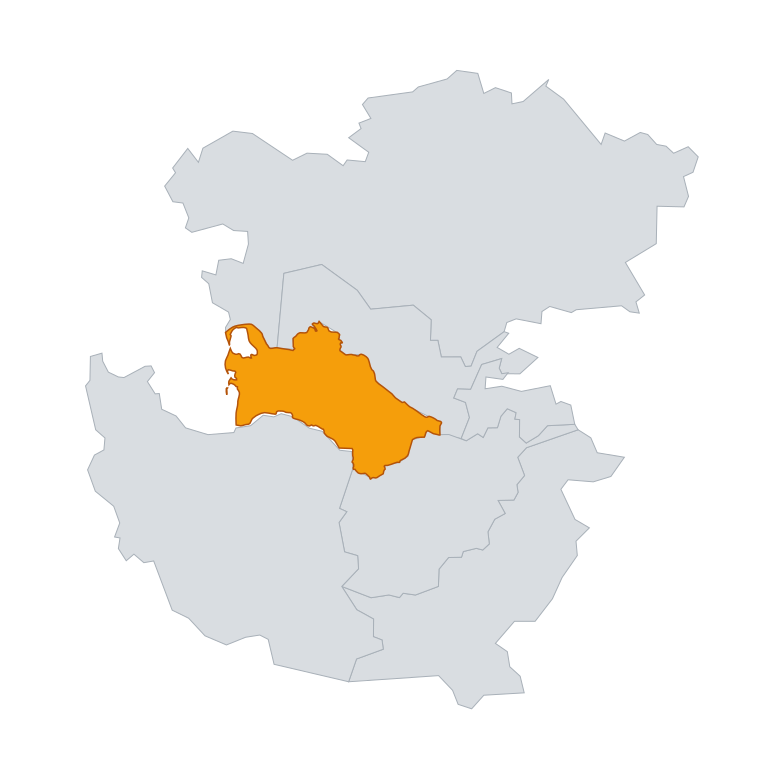 Turkmenistan highlighted, orthographic projection, rotated 4°
{"feature_id": "TKM", "entity_name": "Turkmenistan", "entity_type": "country or territory", "adm_level": 0, "iso_a3": "TKM", "parent_name": "Asia", "parent_adm1": "", "projection": "orthographic", "projection_center": [58.325, 38.975], "detail": "fine", "context": "with_neighbors", "style": "filled", "palette": "amber", "viewbox_px": 768, "rotation_deg": 4, "n_neighbors": 6, "source": "natural_earth", "source_scale": "50m", "svg_char_len": 10147}
<svg xmlns="http://www.w3.org/2000/svg" viewBox="0 0 768 768"><g transform="rotate(4 384 384)"><path d="M681.6,135.5L677.5,151.2L668.3,156.2L674.7,175.6L670.9,186.4L644.0,187.6L645.8,225.0L616.3,245.9L637.8,277.0L629.6,284.5L633.7,295.5L624.3,294.8L615.5,289.4L570.6,296.5L565.9,299.7L543.9,295.1L536.5,300.7L536.4,312.9L511.3,309.8L502.2,314.1L500.2,323.4L474.5,344.9L469.6,360.1L463.9,360.9L458.7,351.7L439.3,353.0L434.7,336.7L427.3,337.2L426.6,316.7L407.7,303.3L365.5,310.3L350.8,292.4L313.5,269.1L276.4,280.6L274.8,355.6L266.9,356.4L256.9,340.0L246.9,333.9L229.6,337.2L222.5,343.6L222.0,338.6L226.2,330.3L223.9,323.1L207.2,314.9L202.2,296.2L194.6,290.4L194.8,283.8L208.7,286.9L210.5,272.1L222.9,269.7L235.1,273.5L239.0,253.9L237.3,241.3L223.3,241.4L212.0,235.6L181.7,246.1L175.0,242.1L177.7,231.9L170.8,217.5L160.7,216.9L151.4,201.9L161.3,187.8L158.1,183.3L171.8,162.7L183.4,175.8L186.9,161.4L215.6,142.3L235.3,143.3L277.2,167.2L291.1,159.1L311.4,158.8L328.0,169.1L331.6,163.1L349.8,163.5L352.6,153.9L331.6,140.8L343.3,130.8L340.8,125.5L352.4,120.0L343.0,106.7L348.2,99.8L392.2,90.6L397.5,85.3L425.7,75.3L434.7,66.1L455.9,67.6L463.3,87.2L474.5,80.6L490.8,84.8L492.1,95.6L503.1,92.5L527.1,68.7L524.7,75.6L543.3,87.3L583.9,129.9L587.1,118.2L606.9,124.9L622.1,115.2L629.7,116.7L639.3,126.0L648.8,127.1L656.8,133.6L670.9,126.1L681.6,135.5Z" fill="#d9dde1" stroke="#a8b0b8" stroke-width="1"/><path d="M274.8,355.6L276.4,280.6L313.5,269.1L350.8,292.4L365.5,310.3L407.7,303.3L426.6,316.7L427.3,337.2L434.7,336.7L439.3,353.0L458.7,351.7L463.9,360.9L469.6,360.1L474.5,344.9L500.2,323.4L504.9,324.7L494.3,339.6L506.5,345.6L516.4,339.0L535.7,346.8L518.8,364.4L500.8,365.5L497.8,360.2L499.6,350.4L480.1,357.7L470.8,383.3L457.7,383.8L454.6,393.1L466.6,396.7L471.6,411.5L464.8,433.0L443.4,430.6L442.7,418.1L403.6,402.4L374.1,380.3L365.6,359.6L360.3,356.1L343.8,357.5L337.8,353.4L335.9,337.2L315.5,326.7L302.8,338.5L289.7,345.4L292.1,355.7L274.8,355.6Z" fill="#d9dde1" stroke="#a8b0b8" stroke-width="1"/><path d="M628.9,440.3L616.8,460.4L599.6,467.0L574.3,466.7L567.8,476.7L584.0,505.8L598.9,513.2L586.5,527.4L588.8,541.6L575.2,564.5L567.0,586.5L551.3,610.2L530.7,611.6L513.2,635.0L525.7,642.4L529.2,657.3L540.2,666.0L545.4,682.3L505.3,687.5L494.1,701.9L480.3,698.4L473.8,684.8L458.8,671.1L369.5,683.5L375.8,660.2L401.8,648.6L399.9,639.5L391.1,636.8L390.0,619.2L372.6,611.1L356.0,588.9L386.0,598.1L403.6,594.1L414.3,596.0L417.7,591.4L430.1,592.3L452.4,582.1L451.8,564.9L460.5,552.6L473.4,551.4L474.8,545.6L487.6,541.5L494.1,542.7L500.2,536.2L498.0,524.2L503.9,511.2L513.9,504.7L505.9,492.2L521.7,490.7L525.3,482.8L523.6,475.2L530.6,465.5L522.5,447.8L530.6,437.6L580.8,416.1L594.1,423.3L601.5,437.7L628.9,440.3Z" fill="#d9dde1" stroke="#a8b0b8" stroke-width="1"/><path d="M443.4,430.6L452.3,429.9L470.0,434.9L480.9,427.1L486.7,430.4L490.7,420.5L500.2,419.7L502.9,408.0L508.7,400.1L517.8,403.4L517.0,409.9L521.8,410.1L522.8,427.3L530.0,433.0L541.6,424.8L550.0,414.2L577.1,410.9L580.8,416.1L530.6,437.6L522.5,447.8L530.6,465.5L523.6,475.2L525.3,482.8L521.7,490.7L505.9,492.2L513.9,504.7L503.9,511.2L498.0,524.2L500.2,536.2L494.1,542.7L487.6,541.5L474.8,545.6L473.4,551.4L460.5,552.6L451.8,564.9L452.4,582.1L430.1,592.3L417.7,591.4L414.3,596.0L403.6,594.1L386.0,598.1L356.0,588.9L371.5,570.1L369.7,557.1L356.4,554.2L348.8,525.3L355.8,514.0L348.3,511.2L358.8,470.7L375.9,477.8L388.3,474.5L391.3,465.1L404.2,461.3L413.0,454.5L415.2,438.0L428.5,433.1L430.5,425.6L443.4,430.6Z" fill="#d9dde1" stroke="#a8b0b8" stroke-width="1"/><path d="M464.8,433.0L471.6,411.5L466.6,396.7L454.6,393.1L457.7,383.8L470.8,383.3L480.1,357.7L499.6,350.4L497.8,360.2L500.8,365.5L507.0,364.1L502.3,371.1L485.2,369.9L485.2,381.7L501.7,378.0L521.6,381.8L550.0,374.1L557.0,392.1L561.7,389.1L571.8,392.0L577.1,410.9L550.0,414.2L541.6,424.8L530.0,433.0L522.8,427.3L521.8,410.1L517.0,409.9L517.8,403.4L508.7,400.1L502.9,408.0L500.2,419.7L490.7,420.5L486.7,430.4L480.9,427.1L470.0,434.9L464.8,433.0Z" fill="#d9dde1" stroke="#a8b0b8" stroke-width="1"/><path d="M139.2,578.3L130.5,566.7L131.4,556.0L125.9,555.4L130.1,541.1L122.9,524.8L103.5,511.1L94.3,490.3L100.1,475.1L109.2,469.3L109.4,457.3L99.6,449.8L86.4,406.7L90.4,400.9L89.2,377.0L100.5,372.9L101.8,380.9L108.2,391.4L118.5,395.5L124.2,395.7L144.4,383.0L150.4,382.2L154.3,388.7L147.8,398.1L156.4,409.8L160.5,409.2L164.0,424.7L178.8,430.4L189.1,441.6L211.9,446.8L237.6,442.9L239.4,438.2L253.8,434.9L265.7,423.6L276.4,424.5L283.5,420.8L294.9,422.9L312.7,433.3L325.7,435.5L344.6,453.2L356.8,453.6L358.8,470.7L348.3,511.2L355.8,514.0L348.8,525.3L356.4,554.2L369.7,557.1L371.5,570.1L356.0,588.9L372.6,611.1L390.0,619.2L391.1,636.8L399.9,639.5L401.8,648.6L375.8,660.2L369.5,683.5L293.9,671.3L286.3,646.8L277.6,643.1L263.6,646.3L245.0,655.3L223.0,647.7L205.5,631.3L188.5,624.4L166.6,576.6L156.9,579.0L146.4,571.2L139.2,578.3Z" fill="#d9dde1" stroke="#a8b0b8" stroke-width="1"/><path d="M275.0,355.3L279.0,355.7L282.6,356.0L287.1,356.3L288.5,356.6L290.1,356.8L290.9,356.9L291.6,356.0L292.1,355.5L292.5,355.1L292.4,354.7L291.8,354.3L290.9,353.0L290.5,348.6L290.2,344.8L291.3,343.6L292.5,342.7L294.3,340.2L295.3,339.4L296.7,338.7L301.3,338.6L303.2,338.1L303.8,337.3L304.9,335.1L305.2,333.4L305.8,332.6L306.5,332.0L307.2,332.1L308.5,332.6L309.6,332.9L310.3,333.3L311.0,333.9L311.6,334.9L311.7,335.6L312.0,336.0L312.5,336.0L312.9,336.0L313.2,335.9L313.4,335.5L313.2,335.1L312.3,333.7L310.4,331.2L309.1,330.2L308.5,329.7L308.3,329.2L309.1,328.4L309.9,328.0L311.3,328.3L313.2,328.5L314.0,328.1L314.9,326.1L317.0,328.2L319.2,330.5L320.0,331.0L321.6,331.2L322.9,331.3L323.5,331.5L324.1,332.1L325.3,334.7L326.5,335.3L327.9,335.8L332.6,335.7L334.1,335.8L335.3,337.0L336.0,337.4L336.3,337.9L336.3,338.4L336.0,339.1L336.0,340.4L335.9,341.4L335.6,341.9L335.5,342.3L335.8,342.7L338.0,343.6L338.7,344.6L339.3,345.1L339.5,345.7L339.1,346.1L338.1,345.9L337.6,346.6L337.6,347.8L338.4,349.0L338.6,350.0L338.1,351.0L337.6,352.4L337.6,353.4L337.9,354.0L339.6,355.0L343.6,357.5L344.5,357.6L348.2,356.9L349.9,356.8L350.9,357.1L353.8,357.4L354.7,357.8L355.7,357.8L357.0,357.6L357.9,356.4L358.3,356.2L358.7,356.0L359.5,355.9L361.8,356.6L364.3,358.0L365.9,359.4L366.7,360.6L367.8,363.4L369.2,367.6L370.8,370.5L372.6,371.9L373.9,374.6L375.2,380.6L375.9,381.8L376.6,382.4L378.6,384.1L382.8,386.7L385.2,388.3L389.0,390.9L392.5,393.2L396.1,396.8L396.8,397.3L400.0,399.2L403.4,401.2L405.7,400.5L409.4,403.6L410.9,404.7L411.6,405.1L414.2,406.2L418.4,408.6L423.9,412.1L427.4,414.0L428.4,414.2L429.3,414.1L430.2,413.6L431.2,413.1L433.1,413.5L435.1,414.2L436.4,414.8L438.0,415.6L439.2,416.5L440.1,416.8L443.1,417.4L443.6,417.8L444.0,418.3L444.1,418.9L442.7,422.0L442.8,425.8L443.1,428.7L443.4,430.9L442.6,431.1L440.7,430.7L436.7,430.1L433.2,428.5L430.9,427.5L430.6,427.7L429.7,428.6L429.1,429.7L428.7,431.8L428.0,434.2L424.0,434.6L420.6,435.1L418.4,436.1L416.3,437.5L415.9,439.1L415.5,441.0L414.5,445.5L413.6,449.5L413.2,452.1L412.4,454.0L410.1,456.5L407.3,458.2L405.8,459.1L405.2,460.0L405.1,460.9L404.6,461.2L403.4,461.1L402.2,461.3L399.5,462.4L396.6,463.7L393.1,465.0L391.1,465.1L390.3,465.4L390.0,466.0L390.4,467.0L390.8,467.8L391.1,468.8L390.3,469.7L389.8,471.1L389.5,473.6L388.3,474.4L386.3,475.7L384.1,477.4L383.6,477.8L382.3,478.3L381.0,478.2L379.8,478.1L378.6,478.5L377.3,479.8L376.7,479.5L376.3,478.2L375.6,477.5L373.5,475.7L371.7,474.5L370.9,474.4L369.3,474.8L367.3,475.1L365.7,474.9L364.4,474.5L362.3,472.7L361.6,471.8L361.0,471.1L359.6,471.3L359.2,470.5L359.1,469.6L359.5,468.4L359.3,466.3L358.5,464.8L357.6,464.1L357.7,463.6L358.0,462.6L358.5,461.6L358.5,459.7L357.8,457.7L357.5,454.8L357.5,452.0L356.7,450.6L349.9,450.8L343.9,451.0L343.6,450.7L341.2,447.2L339.3,444.5L337.4,442.9L333.1,441.0L331.0,440.2L329.3,438.7L327.8,437.1L327.4,434.8L327.1,434.1L326.7,433.5L326.3,433.2L325.7,433.3L320.8,430.7L318.8,430.0L317.0,430.6L316.2,430.7L314.6,429.9L312.7,431.0L311.9,431.0L310.8,430.8L309.9,430.4L307.4,428.0L305.4,427.0L303.9,426.4L301.0,425.5L298.0,425.0L296.4,424.6L295.3,424.0L295.0,423.7L295.0,422.8L295.0,421.7L294.6,420.8L293.8,419.8L292.8,419.1L290.9,419.2L288.2,419.1L286.1,418.3L284.4,418.1L282.4,418.2L280.7,418.2L279.5,418.7L278.8,419.3L278.4,421.3L278.0,421.6L277.3,421.7L276.3,421.6L274.4,421.5L271.1,421.1L266.8,420.9L263.6,421.8L261.1,423.1L258.6,424.6L255.7,427.1L254.8,428.2L253.0,432.6L252.2,433.2L251.3,433.7L250.3,433.8L248.3,434.3L245.7,435.3L243.9,435.7L239.4,435.2L239.2,433.8L238.7,428.5L238.5,423.3L238.7,420.8L239.4,416.0L239.5,413.5L239.4,411.3L239.7,409.1L240.2,406.7L240.5,404.2L240.3,402.5L239.5,401.0L238.1,399.2L238.0,398.2L238.0,397.0L236.6,396.8L235.4,395.6L234.4,394.9L232.3,394.1L231.2,394.0L230.2,394.4L229.4,395.5L229.0,393.8L229.1,392.0L231.0,388.5L232.0,389.6L233.4,390.1L235.0,390.3L236.7,390.1L236.5,388.8L235.7,388.1L234.8,387.5L234.5,385.9L234.8,384.2L235.3,382.6L234.8,381.9L234.1,381.5L232.3,381.5L229.9,380.9L227.6,380.6L226.9,382.4L228.1,385.0L227.1,383.7L226.1,382.0L224.8,379.1L224.1,375.6L224.2,372.0L225.2,369.0L226.3,366.2L227.2,362.7L228.2,359.2L229.0,360.8L229.8,362.3L231.1,363.7L231.8,364.0L233.9,364.7L235.3,364.6L236.8,363.9L238.3,364.2L239.4,365.7L240.4,367.4L242.0,367.9L245.5,366.8L247.1,366.6L248.4,367.2L249.2,367.4L249.9,367.3L249.3,365.8L249.1,364.4L250.0,363.7L252.6,364.6L254.4,364.1L254.8,363.8L255.2,363.5L255.5,362.3L255.4,361.0L255.3,359.8L254.8,358.8L253.6,357.3L249.1,353.6L247.6,352.1L246.4,350.3L245.6,347.7L245.1,345.1L244.6,343.1L243.2,338.5L242.6,337.9L241.8,337.6L239.9,337.4L237.9,337.6L234.7,338.2L232.9,337.9L232.0,338.3L229.8,340.1L228.7,341.7L227.1,345.3L228.1,346.6L228.0,347.4L226.9,352.9L227.2,355.6L227.0,355.8L226.7,355.1L225.6,352.3L223.8,348.8L222.3,343.6L225.6,340.5L228.4,338.3L230.6,337.0L231.3,336.7L234.3,335.7L238.2,334.8L241.0,334.2L244.6,333.7L245.8,333.6L247.6,333.7L249.0,334.4L249.8,334.9L252.7,337.1L255.7,339.3L258.3,341.7L259.0,342.7L259.4,343.8L259.7,344.9L261.8,348.5L262.7,350.1L263.9,352.2L265.0,353.3L266.0,354.6L266.6,355.6L267.4,356.1L268.3,356.4L270.4,356.1L272.8,355.5L274.3,355.3L275.0,355.3ZM228.1,404.8L227.9,405.8L227.2,402.8L227.0,399.7L227.6,398.8L228.2,398.9L227.5,400.0L228.1,404.8Z" fill="#f59e0b" stroke="#b45309" stroke-width="1.5"/></g></svg>